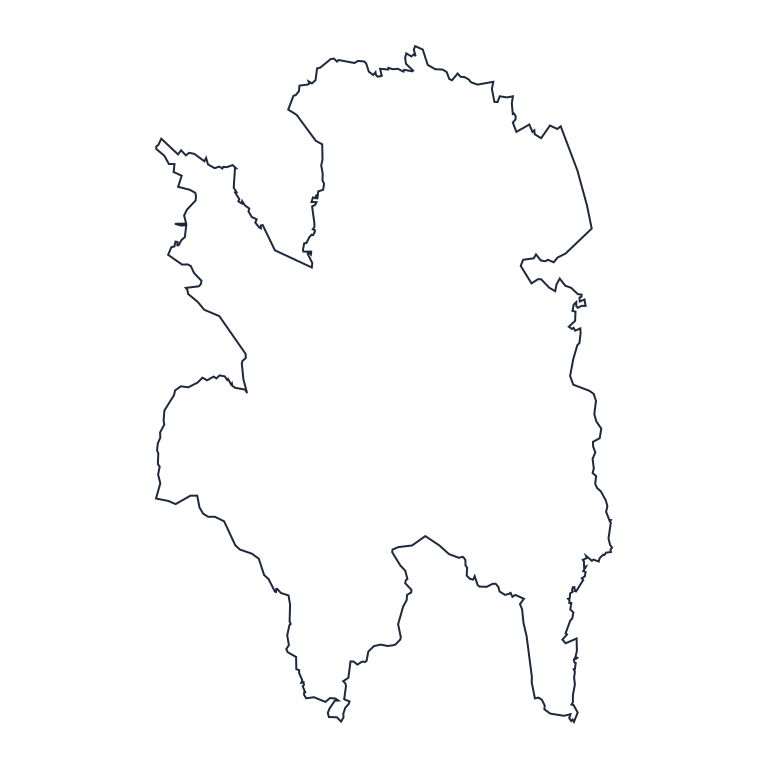 Concepción de Buenos Aires, Jalisco, Mexico
{"feature_id": "50627088B63447135743237", "entity_name": "Concepción de Buenos Aires", "entity_type": "district", "adm_level": 2, "iso_a3": "MEX", "parent_name": "Mexico", "parent_adm1": "Jalisco", "projection": "equal_earth", "projection_center": [-103.238, 19.979], "detail": "fine", "context": "isolated", "style": "outline", "palette": "slate", "viewbox_px": 768, "rotation_deg": 0, "n_neighbors": 0, "source": "geoboundaries", "source_scale": "gbopen_adm2", "svg_char_len": 6067}
<svg xmlns="http://www.w3.org/2000/svg" viewBox="0 0 768 768"><path d="M157.8,443.4L157.1,450.5L158.3,453.4L157.9,464.1L159.7,466.7L158.1,474.5L160.3,483.4L156.0,498.5L168.5,501.0L175.6,504.1L190.4,495.7L197.2,495.7L199.5,507.5L203.1,513.6L208.2,516.8L214.9,516.8L224.1,521.3L235.3,545.3L239.8,549.5L251.9,553.7L258.8,558.7L264.1,575.0L268.6,579.1L274.9,591.6L276.1,591.9L276.3,589.0L277.3,589.0L280.9,593.0L288.5,595.4L290.1,604.7L289.6,621.4L290.7,624.0L289.4,625.2L287.2,635.3L288.9,645.1L286.3,649.1L287.7,652.2L296.1,657.0L296.3,669.2L299.2,670.2L299.1,673.0L302.3,680.3L301.3,682.8L303.6,682.2L303.9,685.0L302.7,686.3L305.2,692.2L304.1,692.5L304.1,694.9L306.2,698.3L313.9,697.2L325.4,701.9L330.0,698.1L335.4,698.5L338.3,700.5L334.8,700.7L329.5,708.6L327.8,712.9L328.9,717.0L336.9,717.3L341.1,721.6L343.5,717.3L343.3,713.6L345.3,707.8L348.8,703.8L349.5,701.4L344.2,699.3L346.0,686.0L345.4,683.4L343.2,681.2L348.4,677.8L350.5,661.4L353.7,661.6L357.4,664.6L362.1,661.6L365.4,661.9L366.6,660.7L368.3,651.6L373.9,646.1L380.7,644.6L387.6,646.0L393.0,645.3L395.6,644.4L400.3,639.5L400.8,637.2L398.1,624.2L403.1,606.7L406.7,600.0L407.0,595.0L411.1,592.5L411.5,589.9L405.2,583.2L405.8,580.3L407.4,579.0L405.3,570.8L400.4,565.6L392.2,552.2L392.5,549.6L398.4,547.1L412.0,545.5L425.3,536.1L439.3,545.4L449.0,554.1L458.9,557.8L462.7,556.8L464.0,557.9L465.4,560.1L465.5,565.4L467.1,567.6L466.7,575.6L469.9,578.8L473.2,579.6L474.7,576.2L477.6,585.0L479.5,586.6L486.8,586.8L492.6,583.8L495.7,583.8L498.4,587.1L499.6,591.5L505.0,594.9L510.2,593.5L510.3,592.1L512.4,596.8L515.4,594.9L523.9,598.8L520.0,604.1L522.1,609.3L523.5,622.9L526.6,636.2L531.9,677.1L531.7,682.2L534.9,698.4L538.4,697.6L541.8,699.7L544.7,705.5L544.4,709.3L550.2,713.6L563.9,715.8L570.5,714.2L569.2,718.1L571.2,721.0L572.6,719.6L573.9,721.9L577.7,712.6L573.6,705.1L571.5,704.6L572.9,702.3L572.9,695.1L574.9,684.5L574.1,677.3L574.9,671.8L573.7,669.2L574.9,669.1L575.7,662.9L574.5,662.5L573.8,660.0L575.4,657.0L576.0,658.7L577.3,657.9L575.5,656.7L576.9,650.8L576.6,638.5L565.6,643.3L562.4,639.6L567.0,634.5L565.6,633.3L570.2,620.7L572.3,618.3L573.4,612.4L570.3,609.6L571.3,603.0L569.3,603.0L569.5,600.6L568.1,598.8L569.7,598.5L570.1,593.4L572.8,591.7L572.0,589.9L572.9,587.2L574.4,587.1L575.0,591.1L576.1,591.4L583.2,580.0L581.8,578.2L584.8,576.4L585.6,572.0L583.3,571.1L586.0,566.5L584.1,567.3L583.9,561.3L582.8,559.9L586.8,558.0L586.0,555.8L591.9,560.8L593.4,559.6L598.7,561.5L599.7,558.1L603.2,554.7L604.4,555.0L606.0,552.7L610.9,552.0L610.5,549.9L612.0,547.6L610.1,544.9L608.5,538.4L610.8,522.7L609.7,521.2L610.8,520.1L609.3,519.9L606.1,511.8L607.4,506.3L605.8,500.4L600.9,491.4L597.1,488.0L595.2,483.8L596.1,476.0L592.6,473.0L593.8,468.4L592.6,458.8L595.3,452.5L593.1,446.3L593.0,441.8L599.7,438.2L601.3,428.7L596.3,421.4L594.3,414.0L596.0,400.9L593.7,393.9L589.4,390.8L573.3,384.7L570.1,376.0L573.2,359.4L577.3,345.2L579.4,343.1L580.6,333.3L580.3,328.4L575.2,330.7L573.6,327.8L572.0,329.0L568.8,326.7L575.1,320.9L575.5,311.7L572.5,310.9L573.7,304.6L576.3,302.1L576.3,306.1L577.8,307.8L581.5,305.9L585.6,305.9L584.5,299.5L579.8,301.5L579.5,297.6L581.5,296.6L581.6,294.6L577.9,294.2L571.1,287.8L565.4,285.8L559.7,278.6L556.5,284.5L555.2,291.2L549.1,287.6L541.2,279.3L538.0,279.2L531.5,283.4L520.7,265.9L523.1,259.8L533.8,258.3L536.0,254.4L540.8,260.5L545.4,261.2L547.9,259.8L553.7,262.3L557.5,257.6L565.6,253.5L591.7,228.6L587.0,205.5L577.4,170.5L560.7,126.3L557.3,129.0L550.0,125.5L541.1,138.2L534.7,134.2L534.3,130.3L532.5,131.9L529.3,124.5L516.4,131.9L512.8,122.5L515.5,119.4L515.7,116.2L514.0,113.5L512.8,114.0L511.8,103.3L512.9,96.3L506.9,97.4L499.8,96.3L497.5,102.1L494.4,101.9L491.9,88.9L493.3,81.8L477.5,84.6L471.0,82.3L468.7,79.4L464.5,77.1L460.6,76.8L457.6,73.5L452.0,80.3L449.3,79.0L446.7,72.1L442.8,69.6L435.3,69.2L427.7,64.9L422.8,49.6L415.2,46.1L413.8,49.6L415.6,56.2L414.0,54.2L411.4,56.4L406.3,53.4L405.1,58.0L406.0,63.8L413.1,70.6L412.3,71.3L404.1,69.8L403.5,71.6L397.8,68.8L392.4,69.2L388.5,67.8L388.2,69.5L380.1,68.8L381.7,75.8L377.7,76.7L375.9,74.9L375.5,72.2L373.2,75.0L368.8,71.6L366.1,63.2L364.2,61.5L358.0,60.9L354.5,63.0L338.6,60.0L337.0,61.6L333.9,58.6L330.8,59.0L320.3,67.6L317.1,68.4L315.5,80.3L311.9,83.4L308.6,81.4L309.4,83.5L308.0,84.5L299.5,85.6L298.9,91.2L295.7,95.2L293.5,95.7L288.2,109.6L296.6,114.8L315.8,140.8L322.2,144.3L322.5,159.7L321.2,165.4L322.7,173.5L322.5,180.5L324.1,183.8L323.1,189.8L318.2,191.4L317.3,199.3L317.2,195.5L316.2,195.4L315.3,198.1L313.0,197.4L311.5,202.0L316.5,202.2L315.3,204.7L312.1,206.5L314.4,223.5L314.4,227.0L312.8,229.3L314.9,230.2L314.8,231.9L313.0,235.2L311.6,234.7L309.3,237.3L306.4,243.0L304.2,243.3L302.9,250.0L303.4,251.6L311.2,251.6L310.9,254.5L309.0,252.6L307.7,252.4L307.7,253.8L312.3,263.1L311.8,267.5L274.9,250.3L262.7,225.1L260.8,225.5L260.9,228.3L259.2,227.5L255.3,222.6L256.7,219.3L251.7,217.0L248.5,211.4L249.3,208.5L244.9,205.4L242.2,201.2L241.9,203.5L238.4,201.4L239.2,199.0L235.1,192.5L236.6,192.3L233.7,187.8L235.0,168.2L236.0,168.2L232.6,165.1L226.7,167.2L223.2,166.9L222.4,168.5L219.2,166.6L214.7,168.2L208.0,164.4L206.1,157.9L204.4,161.3L194.4,153.9L189.1,152.8L185.9,155.4L181.1,150.3L178.0,154.4L161.3,138.7L158.5,144.7L156.3,146.5L156.3,149.0L164.3,155.7L168.9,164.0L174.5,164.1L173.6,172.0L181.7,175.7L178.1,186.8L189.8,189.8L195.3,192.8L196.0,196.2L195.6,200.5L186.8,209.8L184.1,215.6L186.2,223.6L174.9,223.8L181.3,225.6L186.2,225.2L184.9,237.1L181.6,239.9L178.6,245.3L177.3,245.2L177.6,242.1L175.5,241.6L174.4,246.5L171.4,247.1L168.1,254.8L182.1,264.6L187.6,264.4L190.7,265.9L194.1,273.1L201.5,280.8L200.8,284.2L198.9,286.3L185.8,287.9L187.4,289.9L188.1,293.9L197.7,301.9L204.3,309.8L219.3,316.1L245.6,353.9L245.8,358.0L242.5,360.9L241.8,363.4L243.4,379.3L247.1,393.1L245.2,389.6L235.1,387.8L232.2,385.7L231.9,383.3L231.0,384.3L228.1,379.0L227.2,380.0L224.8,376.4L219.6,375.4L216.4,378.4L213.6,376.6L207.2,380.3L202.4,377.7L197.7,382.5L188.4,387.3L180.9,386.3L175.1,390.4L174.0,395.2L164.4,410.5L163.6,420.4L164.3,424.5L160.1,432.4L160.3,437.7L157.8,443.4Z" fill="none" stroke="#1e293b" stroke-width="2"/></svg>